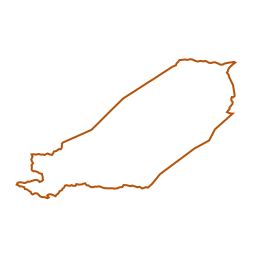 outline of Planalto, Bahia, Brazil, rotated 99°
{"feature_id": "56859067B84757283286079", "entity_name": "Planalto", "entity_type": "district", "adm_level": 2, "iso_a3": "BRA", "parent_name": "Brazil", "parent_adm1": "Bahia", "projection": "natural_earth1", "projection_center": [-40.414, -14.737], "detail": "fine", "context": "isolated", "style": "outline", "palette": "amber", "viewbox_px": 256, "rotation_deg": 99, "n_neighbors": 0, "source": "geoboundaries", "source_scale": "gbopen_adm2", "svg_char_len": 2497}
<svg xmlns="http://www.w3.org/2000/svg" viewBox="0 0 256 256"><g transform="rotate(99 128 128)"><path d="M60.6,93.8L74.4,109.1L75.9,110.7L79.3,114.7L99.6,137.4L113.1,147.4L128.5,158.6L135.5,163.8L151.3,188.1L152.5,190.0L153.8,190.8L155.4,190.5L157.9,190.4L159.5,191.1L159.7,193.0L160.9,194.1L162.0,195.4L162.9,197.6L164.6,198.0L166.4,198.7L166.4,201.2L165.8,203.5L166.7,205.0L167.7,206.2L167.5,207.9L167.9,209.9L167.7,212.3L168.6,214.4L168.7,217.1L169.2,219.1L171.0,217.8L172.7,218.2L174.4,218.6L176.3,217.4L177.8,216.3L179.8,217.5L181.6,216.8L183.6,216.8L184.9,216.1L185.5,214.4L185.2,212.4L185.6,210.5L186.5,208.6L186.8,205.8L188.3,205.3L189.9,204.5L191.3,204.3L192.5,203.8L194.1,205.0L195.2,206.9L194.2,207.8L193.6,209.8L193.8,211.5L194.5,213.0L195.5,215.1L196.5,216.9L196.6,218.6L197.9,220.0L198.6,221.9L198.4,224.0L198.5,226.6L199.6,228.5L201.4,229.1L201.8,227.2L202.6,225.9L202.3,223.9L202.7,221.2L204.4,220.3L204.4,218.6L205.1,216.9L205.9,215.3L206.5,213.9L207.9,213.2L208.6,211.9L207.8,210.8L206.9,209.5L206.9,207.4L207.9,205.7L209.1,204.5L209.8,202.1L209.3,200.0L209.6,198.4L209.9,196.6L209.0,195.4L207.4,197.2L206.2,196.3L205.5,194.1L205.8,191.9L206.4,190.4L206.7,188.9L205.2,188.3L204.0,187.0L202.7,186.2L201.0,185.6L199.7,183.6L198.3,183.2L196.8,181.8L194.7,181.2L194.1,179.7L194.3,177.7L194.1,175.9L193.2,174.8L193.7,172.9L193.2,170.7L191.5,170.2L191.6,167.5L191.0,164.9L190.0,163.4L189.3,161.7L190.3,160.8L191.1,159.6L190.9,158.1L191.8,156.5L192.2,154.7L191.8,153.0L190.9,151.0L190.8,149.3L190.1,147.4L190.6,144.8L191.1,142.1L190.9,139.9L190.6,137.7L190.3,135.9L190.0,134.0L190.0,131.6L189.2,129.0L188.0,127.3L187.2,124.3L185.1,123.5L184.7,120.9L184.9,118.7L185.0,116.1L184.2,115.0L184.4,113.1L184.7,111.4L185.1,109.4L184.2,107.3L185.5,104.6L184.7,102.7L183.6,101.2L183.8,99.0L179.2,95.3L168.8,89.3L167.5,88.1L137.8,59.1L128.7,47.3L127.6,45.9L115.7,41.9L97.4,26.9L97.6,28.9L97.4,30.4L96.8,32.7L95.0,31.8L93.5,30.7L91.9,31.0L90.2,29.9L87.8,28.6L85.9,28.7L84.9,30.0L82.9,30.6L81.2,30.3L81.2,28.8L79.7,27.7L78.2,28.0L69.1,31.0L68.0,31.8L61.9,36.1L59.3,37.2L58.0,39.0L56.4,38.3L54.6,38.1L52.7,37.5L50.6,35.9L48.5,34.2L46.6,32.3L46.1,33.7L46.9,35.7L47.5,38.1L48.5,40.8L49.4,43.0L50.4,44.0L51.0,46.5L50.3,48.7L49.5,52.1L49.9,54.2L50.8,56.2L50.9,58.3L50.2,60.2L49.6,62.1L50.5,64.2L50.4,67.1L51.3,69.0L51.4,70.8L51.1,72.3L50.3,74.9L50.3,77.4L51.4,79.7L51.4,82.2L52.0,84.6L52.5,86.2L52.9,87.8L54.9,88.9L56.8,90.2L58.5,90.4L60.6,93.8Z" fill="none" stroke="#b45309" stroke-width="2"/></g></svg>